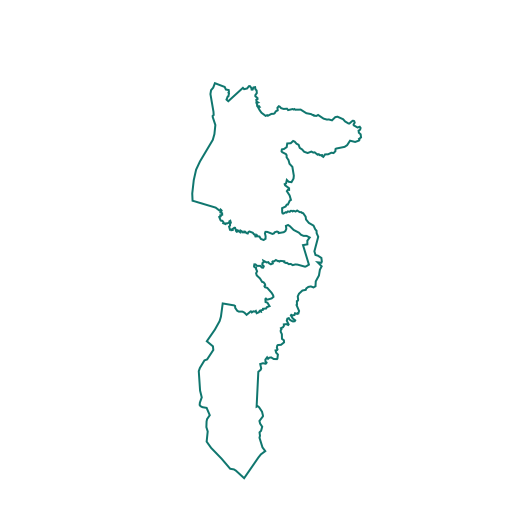 the district of Macapá, Amapá, Brazil, rotated 137°
{"feature_id": "56859067B47097843111479", "entity_name": "Macapá", "entity_type": "district", "adm_level": 2, "iso_a3": "BRA", "parent_name": "Brazil", "parent_adm1": "Amapá", "projection": "robinson", "projection_center": [-50.803, 0.571], "detail": "fine", "context": "isolated", "style": "outline", "palette": "teal", "viewbox_px": 512, "rotation_deg": 137, "n_neighbors": 0, "source": "geoboundaries", "source_scale": "gbopen_adm2", "svg_char_len": 6148}
<svg xmlns="http://www.w3.org/2000/svg" viewBox="0 0 512 512"><g transform="rotate(137 256 256)"><path d="M264.7,339.7L252.5,318.9L251.7,314.0L251.0,313.6L250.2,314.1L250.1,313.5L250.2,312.6L252.3,312.0L251.6,310.4L252.6,309.2L254.4,310.1L254.9,309.1L256.3,309.6L257.5,306.4L257.5,305.6L256.6,304.7L256.8,302.6L257.6,302.3L256.5,300.1L255.7,300.4L254.6,299.3L252.3,298.7L251.8,299.5L250.8,299.3L251.7,297.5L253.1,297.2L254.2,296.0L255.6,295.9L257.1,293.0L256.3,292.5L256.5,291.7L255.3,290.9L254.6,291.7L252.5,291.4L252.1,290.9L253.0,288.8L252.6,288.3L253.5,288.0L253.6,286.9L253.0,286.6L252.6,287.3L251.7,286.8L251.4,284.3L250.0,285.2L249.5,283.5L249.9,282.7L248.6,281.4L247.9,281.9L247.3,281.1L247.4,279.3L246.7,278.1L245.1,278.7L244.1,278.4L242.5,275.2L242.7,273.2L242.1,272.6L243.1,270.7L242.6,270.2L241.2,270.7L241.3,269.1L240.2,267.9L240.8,265.2L239.5,262.5L237.3,262.1L235.5,263.9L234.0,266.5L232.6,267.2L231.3,265.9L228.9,260.9L227.5,260.3L226.2,260.6L224.0,259.6L223.3,258.2L223.8,257.3L219.5,254.5L217.5,254.2L215.3,255.2L213.6,257.6L211.4,256.8L210.9,254.7L210.7,249.4L208.7,243.8L208.6,240.8L207.5,238.3L205.3,236.2L204.1,232.9L208.0,232.2L210.5,229.5L214.2,231.9L223.2,213.6L226.2,214.2L227.4,214.7L231.5,221.4L233.0,223.0L235.4,224.3L236.0,226.5L237.6,227.7L238.0,229.9L238.8,230.3L239.6,232.1L238.9,232.8L241.3,235.6L242.7,236.0L242.7,236.8L243.4,237.2L244.2,239.5L246.6,239.8L247.2,240.6L248.0,240.6L248.8,239.1L250.8,239.8L251.4,241.7L251.2,243.1L252.6,244.0L253.8,247.5L254.5,246.2L256.1,246.4L257.4,245.3L257.3,243.2L258.7,242.6L259.5,243.3L259.7,246.0L262.0,248.1L262.1,250.2L262.9,251.0L264.4,249.9L264.7,248.9L264.0,247.3L264.8,246.5L265.6,244.1L267.7,243.3L268.7,241.3L268.4,236.9L269.2,232.8L268.4,231.7L268.5,229.8L269.1,228.4L270.4,228.2L270.7,227.0L269.5,225.0L269.7,218.4L270.3,215.5L271.1,214.2L273.5,214.3L277.0,216.1L277.8,216.8L277.8,218.1L278.5,218.1L280.4,215.8L279.5,214.0L280.3,210.1L283.0,211.2L284.4,210.7L286.9,212.6L287.7,211.9L289.7,213.0L290.3,212.0L290.9,213.3L292.3,212.9L294.5,213.7L293.6,215.9L294.7,216.0L295.5,217.2L297.4,217.6L297.1,218.3L297.6,219.1L303.0,219.4L303.1,222.5L303.8,224.5L306.5,227.1L307.1,228.7L306.6,232.2L305.4,233.7L305.7,234.8L312.7,244.0L323.1,235.5L327.0,233.2L336.3,230.2L350.1,227.2L349.1,219.3L351.3,216.4L362.3,213.7L364.9,214.8L373.4,212.4L376.4,210.8L388.7,195.7L392.1,189.6L397.1,187.0L398.8,185.5L399.0,184.0L398.3,182.0L395.7,178.6L398.4,171.1L403.0,170.1L405.0,168.7L409.0,164.7L411.0,160.6L418.7,153.9L419.7,146.2L419.4,131.4L420.0,118.0L417.7,115.0L417.1,112.8L416.2,101.6L391.7,107.0L387.7,107.6L382.3,107.0L381.8,111.6L377.4,120.7L375.7,121.8L373.7,124.6L371.5,124.7L367.9,126.9L367.3,130.6L366.0,133.0L360.3,134.0L359.7,134.6L357.8,138.0L356.9,143.3L357.2,145.1L358.3,145.4L333.3,169.7L330.2,169.6L328.9,170.2L326.6,174.1L324.0,172.8L322.5,170.7L321.8,170.5L320.9,170.9L321.1,172.3L319.8,173.8L317.0,174.3L317.3,172.6L315.7,172.6L314.1,171.5L313.3,168.6L311.0,166.3L310.3,166.4L307.2,169.0L307.2,171.5L306.1,173.6L304.8,172.8L304.0,173.0L303.3,174.7L301.5,176.0L300.6,175.9L298.3,174.0L294.4,173.7L293.1,175.3L293.5,177.7L290.4,181.2L289.6,183.7L288.6,184.8L287.3,185.1L287.0,186.2L284.8,185.5L283.2,185.9L282.3,187.0L280.2,185.4L279.5,183.6L278.8,183.7L277.6,187.7L275.8,188.8L274.4,188.2L274.8,186.7L274.3,184.5L273.6,182.9L272.2,181.9L271.2,182.2L271.7,185.3L271.0,188.8L270.3,188.9L269.9,187.7L268.1,186.6L266.5,187.5L265.4,185.6L264.6,185.8L264.2,185.1L262.0,186.4L259.8,192.5L259.2,192.5L256.9,195.1L255.7,194.8L254.8,195.5L253.0,198.0L250.3,199.1L245.6,199.1L242.7,197.3L241.4,198.0L238.8,197.7L236.6,196.3L235.4,193.8L233.1,193.3L229.6,196.7L223.3,198.8L218.6,202.4L215.0,203.7L215.2,209.3L212.8,206.5L211.6,207.1L209.5,210.0L210.5,214.0L211.8,216.2L210.1,219.6L197.4,227.6L196.1,231.3L194.5,233.2L194.5,235.0L193.2,239.0L194.8,244.2L194.5,248.6L192.9,250.9L192.3,255.1L193.0,256.2L192.9,257.0L194.1,258.3L194.9,261.2L196.7,261.5L197.6,263.3L198.8,263.6L198.9,264.5L199.9,265.4L201.2,265.3L202.3,266.9L204.0,266.9L204.3,267.7L207.1,268.4L207.5,269.0L207.1,270.0L204.3,273.2L200.6,272.0L198.5,272.6L197.6,271.9L193.5,273.5L192.2,273.2L190.1,277.4L189.2,282.4L187.5,282.7L186.7,281.8L185.6,283.0L186.5,287.8L186.0,289.0L184.5,288.6L181.6,290.6L181.5,288.0L179.7,285.8L175.8,287.0L173.6,288.9L168.6,296.4L168.6,300.6L166.8,304.0L166.3,307.3L164.9,308.8L164.6,310.1L166.0,314.0L166.0,315.0L164.9,316.0L164.2,316.3L162.7,315.2L159.3,314.7L156.4,317.0L153.7,314.8L150.4,314.8L149.7,313.2L149.8,310.5L149.0,308.3L150.3,305.2L149.6,302.5L149.7,299.4L148.0,296.1L144.3,294.6L143.6,292.6L142.4,291.8L141.9,288.2L141.1,288.1L140.6,287.4L140.8,286.5L139.0,284.8L139.6,284.4L139.2,282.6L136.2,283.2L133.9,281.2L130.4,280.1L129.1,278.4L126.5,278.5L124.9,280.0L124.1,279.9L116.8,275.4L113.8,274.9L108.6,276.2L105.7,271.8L102.0,270.2L101.1,270.4L100.8,271.4L98.3,271.1L96.5,273.6L96.7,276.0L95.5,277.7L93.7,277.4L92.2,278.3L92.0,279.8L94.1,280.7L95.4,284.9L94.9,285.7L92.9,286.2L92.2,287.7L92.5,288.4L93.1,289.0L97.4,289.2L98.0,289.9L99.1,293.7L99.0,296.6L101.4,302.3L103.3,303.5L107.9,303.4L109.6,306.2L111.1,307.4L112.9,310.4L114.4,316.8L116.2,317.2L117.9,319.0L117.7,319.8L118.3,320.2L119.0,322.3L121.8,326.1L123.5,332.6L127.5,336.2L127.7,337.3L128.6,337.5L129.0,338.5L133.0,340.8L132.9,342.6L135.5,344.7L136.8,347.0L136.8,349.1L137.2,350.0L139.2,349.8L140.8,347.7L142.9,348.3L145.0,347.7L146.0,347.9L147.8,349.4L151.7,350.5L151.8,351.4L153.4,351.9L154.3,357.0L153.9,360.0L153.0,363.6L151.7,362.7L151.6,363.5L152.9,364.4L152.8,365.1L152.1,365.5L151.3,367.6L149.8,366.9L150.2,368.7L149.2,370.1L147.9,369.7L147.2,370.5L147.5,373.3L146.8,374.1L144.3,374.6L142.7,376.6L142.7,378.3L141.5,380.1L142.9,381.0L145.0,380.0L145.7,380.7L144.8,382.1L144.6,384.4L145.3,385.0L148.3,384.6L150.9,386.1L150.9,387.9L170.7,388.1L170.9,390.5L168.0,391.9L167.3,391.6L164.9,393.3L164.8,394.2L163.9,394.4L162.8,396.0L164.5,398.3L163.6,401.0L168.2,410.4L172.5,408.3L175.8,407.9L178.9,405.5L188.8,390.4L190.8,388.0L192.2,388.0L192.9,387.1L196.4,379.5L203.3,373.5L208.4,370.4L232.4,363.4L240.9,360.0L249.7,354.0L260.0,345.2L264.7,339.7Z" fill="none" stroke="#0f766e" stroke-width="2"/></g></svg>